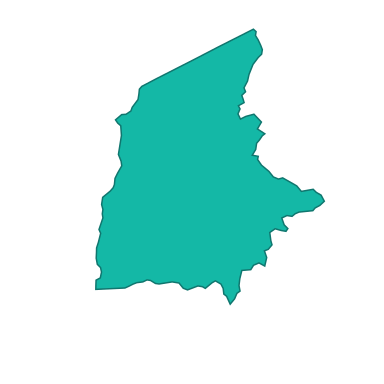 outline of Rolante, Rio Grande do Sul, Brazil, rotated 333°
{"feature_id": "56859067B79381959059514", "entity_name": "Rolante", "entity_type": "district", "adm_level": 2, "iso_a3": "BRA", "parent_name": "Brazil", "parent_adm1": "Rio Grande do Sul", "projection": "albers", "projection_center": [-50.543, -29.636], "detail": "fine", "context": "isolated", "style": "filled", "palette": "teal", "viewbox_px": 384, "rotation_deg": 333, "n_neighbors": 0, "source": "geoboundaries", "source_scale": "gbopen_adm2", "svg_char_len": 1824}
<svg xmlns="http://www.w3.org/2000/svg" viewBox="0 0 384 384"><g transform="rotate(333 192 192)"><path d="M320.6,74.8L281.0,74.7L255.2,74.9L238.2,74.9L221.7,74.9L212.2,74.9L195.2,75.1L191.8,76.5L189.1,80.7L185.9,85.1L177.2,89.4L174.3,92.1L168.5,92.8L164.5,91.1L156.6,93.0L157.1,96.9L158.6,100.6L154.8,109.6L146.8,120.6L143.5,125.1L142.8,132.4L141.3,136.8L134.3,141.4L129.6,144.9L126.2,150.2L123.7,152.4L119.5,154.1L110.0,156.2L105.8,162.1L104.7,167.1L102.1,170.8L100.9,174.6L96.7,178.7L92.1,183.2L91.9,187.3L85.6,194.5L81.6,198.5L79.4,202.6L76.6,207.5L74.8,213.5L76.2,217.8L75.0,222.3L71.3,226.9L66.5,227.0L63.9,231.7L62.1,235.1L88.7,247.1L93.1,247.3L97.6,247.3L101.6,247.7L107.4,249.8L112.0,249.9L114.9,252.0L117.9,256.9L120.9,259.0L133.5,263.1L139.1,267.2L140.5,273.8L143.6,277.2L154.6,278.4L158.3,281.1L160.1,283.9L168.6,282.0L172.5,281.8L176.0,287.2L176.0,292.1L174.0,297.4L175.5,300.6L175.1,309.3L181.5,306.5L186.0,302.7L189.8,302.1L191.4,296.7L195.2,291.0L200.8,284.5L209.1,287.9L213.6,285.2L219.5,285.6L223.2,291.0L228.8,284.3L229.8,277.3L234.0,277.7L239.3,275.4L240.1,271.3L242.9,263.4L249.4,262.5L254.0,266.8L257.9,269.7L260.8,268.1L259.2,263.1L260.2,255.9L265.9,256.1L270.1,259.1L274.1,258.2L278.3,258.5L291.2,263.5L294.5,262.1L299.8,262.0L305.7,260.3L305.6,253.4L302.6,248.8L301.2,244.6L289.7,241.1L288.1,234.1L279.2,220.6L274.9,219.7L271.3,215.5L269.9,208.6L266.1,199.7L265.2,192.8L267.2,190.3L262.4,186.6L268.1,183.0L271.7,177.9L275.8,176.2L280.2,173.8L283.3,173.2L278.9,165.5L285.6,161.2L282.5,150.8L274.4,149.1L268.3,149.0L268.4,143.3L272.5,139.8L272.5,136.2L279.0,136.0L279.7,132.4L280.2,128.5L285.2,127.0L285.6,122.8L291.8,118.4L296.2,113.1L304.3,106.0L312.1,102.2L316.6,100.8L319.3,97.1L319.8,92.4L320.0,86.5L319.6,81.4L321.9,78.2L320.6,74.8Z" fill="#14b8a6" stroke="#0f766e" stroke-width="1.5"/></g></svg>